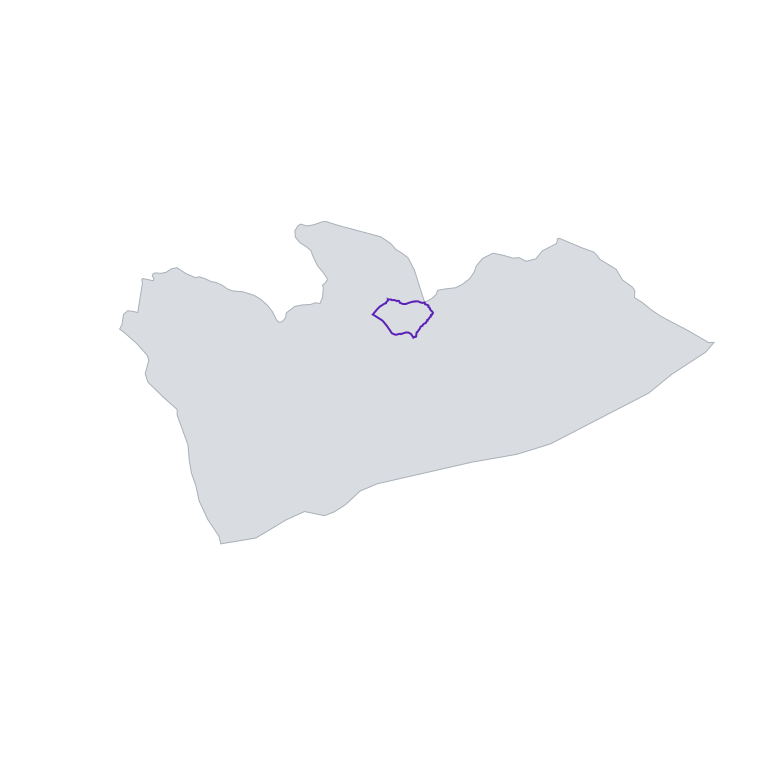 Doe, Nimba, Liberia shown in context, rotated 301°
{"feature_id": "62588387B53345215693508", "entity_name": "Doe", "entity_type": "district", "adm_level": 2, "iso_a3": "LBR", "parent_name": "Liberia", "parent_adm1": "Nimba", "projection": "natural_earth1", "projection_center": [-8.791, 6.605], "detail": "fine", "context": "in_parent", "style": "outline", "palette": "violet", "viewbox_px": 768, "rotation_deg": 301, "n_neighbors": 0, "source": "geoboundaries", "source_scale": "gbopen_adm2", "svg_char_len": 3480}
<svg xmlns="http://www.w3.org/2000/svg" viewBox="0 0 768 768"><g transform="rotate(301 384 384)"><path d="M162.9,326.4L168.6,320.8L177.0,302.9L188.7,285.6L199.7,275.4L208.4,264.9L217.6,256.9L230.7,247.5L250.8,222.7L255.6,219.9L258.8,202.7L263.9,180.9L269.7,174.1L283.4,170.1L286.6,166.3L291.4,151.0L294.6,133.1L294.8,129.2L300.2,128.7L309.4,124.9L314.8,126.6L317.1,131.8L318.4,136.1L346.3,124.9L348.7,122.6L350.2,123.0L353.7,133.1L355.7,132.5L357.4,129.6L359.3,129.3L361.5,130.7L363.6,135.3L367.2,139.5L373.2,142.5L377.1,146.6L376.6,157.3L378.1,167.8L380.7,170.2L382.1,176.4L382.8,183.3L384.3,186.9L385.3,193.8L384.8,201.2L385.9,206.4L390.3,215.4L393.1,226.8L393.1,234.8L391.5,243.3L388.5,251.0L383.3,259.4L382.9,262.8L386.0,264.9L390.6,265.4L394.6,263.6L404.5,267.5L409.6,273.1L414.2,279.9L418.3,283.4L420.1,287.7L427.1,286.5L435.3,282.4L437.0,280.4L439.4,281.4L444.7,281.9L448.3,274.4L451.3,265.7L457.6,256.4L460.7,252.8L461.6,246.8L461.9,239.1L464.2,232.4L469.4,228.7L475.0,228.8L478.1,230.1L479.7,236.6L484.2,241.6L488.0,244.9L490.1,246.4L493.3,250.2L496.4,263.3L508.5,305.4L507.9,317.1L505.5,324.7L505.4,332.1L504.6,339.5L497.2,351.5L475.5,376.1L477.1,378.3L482.3,381.1L487.6,382.6L492.0,381.8L497.4,388.0L503.3,395.7L509.5,399.7L518.5,403.2L526.3,403.6L533.0,402.3L542.4,403.8L552.4,410.2L556.0,420.8L558.4,430.0L561.9,434.7L562.4,442.7L569.5,449.7L579.7,451.1L592.8,459.3L596.2,458.8L597.6,457.8L599.2,459.4L602.6,483.1L605.1,495.7L603.8,500.7L602.0,504.7L601.9,523.9L596.0,534.9L595.0,546.9L593.3,550.8L587.0,554.3L586.9,563.6L585.2,574.8L584.6,586.7L586.4,617.8L586.7,641.0L589.6,645.4L577.2,643.4L540.7,625.7L512.6,615.6L418.5,557.6L392.4,534.3L362.3,499.6L295.3,429.9L280.1,418.7L260.8,413.2L248.9,407.3L240.5,400.8L233.7,381.5L217.0,370.0L186.1,353.6L162.9,326.4Z" fill="#d9dde1" stroke="#a8b0b8" stroke-width="1"/><path d="M474.7,377.1L474.5,376.6L473.3,375.2L472.7,373.2L472.3,370.3L471.4,369.0L470.7,367.9L470.6,368.0L469.8,366.9L468.8,365.7L466.5,363.6L464.1,361.7L463.8,361.5L462.4,359.1L461.9,356.6L461.8,355.6L462.5,354.9L462.9,354.2L462.7,353.3L461.6,352.2L461.6,351.6L461.6,351.1L461.6,350.8L461.1,349.3L459.9,347.5L460.0,346.5L460.0,346.3L459.7,345.8L458.6,344.0L458.6,343.7L457.9,344.3L457.3,344.3L455.2,343.8L454.3,344.1L454.0,343.6L451.9,342.4L450.0,341.5L448.2,340.5L447.9,340.5L446.0,340.0L444.2,339.6L443.5,339.5L437.8,338.6L437.8,341.8L437.7,344.2L437.7,345.1L437.6,349.4L437.6,349.7L436.9,352.1L436.6,352.9L436.0,354.5L435.2,356.8L433.6,360.2L432.8,362.0L432.4,362.8L431.6,364.5L431.6,364.9L431.7,366.0L432.0,367.8L432.0,368.0L432.4,368.8L432.7,369.4L433.7,370.2L434.3,370.8L435.4,372.0L435.5,372.9L437.0,374.0L439.6,376.4L439.7,376.6L439.9,377.0L440.6,378.4L440.7,378.5L440.7,379.5L440.8,381.2L440.7,381.3L440.6,381.7L440.4,382.2L440.4,382.3L440.2,382.7L438.8,385.3L440.2,385.9L440.5,386.7L441.2,387.1L442.2,386.6L445.1,385.4L445.5,385.6L446.3,386.0L447.5,385.9L449.7,386.2L451.9,385.9L452.6,386.2L453.6,387.0L455.0,386.8L455.4,387.0L456.6,387.4L457.7,388.4L459.3,388.2L460.1,388.5L460.5,388.7L461.1,388.1L461.8,388.6L462.8,388.8L463.6,388.7L465.3,389.0L465.9,389.4L466.5,388.9L467.4,388.7L467.9,389.4L469.0,389.3L469.8,389.5L470.0,389.5L470.2,389.2L471.0,388.0L471.0,387.6L471.0,387.1L471.8,384.9L472.7,384.1L472.7,383.9L472.9,383.5L472.8,383.1L472.8,382.7L473.0,382.2L473.5,382.0L473.9,381.6L474.1,381.6L474.1,381.0L474.2,380.7L473.7,378.8L473.5,378.3L474.0,377.6L474.6,377.2L474.7,377.1Z" fill="none" stroke="#5b21b6" stroke-width="2"/></g></svg>